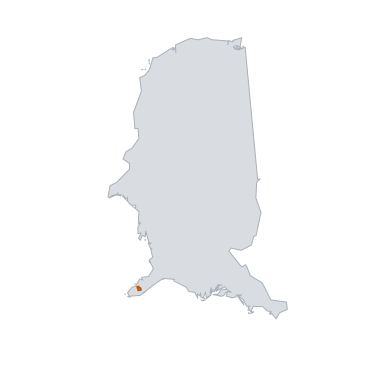 Glades, Florida, United States of America (highlighted), rotated 72°
{"feature_id": "52423323B13826815912541", "entity_name": "Glades", "entity_type": "district", "adm_level": 2, "iso_a3": "USA", "parent_name": "United States of America", "parent_adm1": "Florida", "projection": "albers", "projection_center": [-81.165, 26.99], "detail": "fine", "context": "in_parent", "style": "filled", "palette": "amber", "viewbox_px": 384, "rotation_deg": 72, "n_neighbors": 0, "source": "geoboundaries", "source_scale": "gbopen_adm2", "svg_char_len": 3990}
<svg xmlns="http://www.w3.org/2000/svg" viewBox="0 0 384 384"><g transform="rotate(72 192 192)"><path d="M300.0,153.3L319.1,150.3L325.9,136.1L333.1,137.7L334.0,146.1L338.7,151.2L331.6,154.0L331.3,155.6L330.0,153.8L328.4,157.3L322.9,160.1L319.7,169.0L323.2,172.4L325.3,171.7L324.6,170.2L325.4,170.9L325.7,172.7L319.5,174.4L318.2,172.5L317.7,175.3L310.5,176.4L305.1,180.1L305.6,178.2L305.1,176.9L303.8,181.7L305.4,182.4L305.0,186.4L301.5,191.7L297.5,188.7L299.7,185.4L297.1,187.8L298.3,191.3L300.0,193.2L300.4,195.5L295.9,204.1L297.2,198.8L293.4,194.0L295.6,188.7L292.0,190.4L293.5,198.0L289.9,195.8L288.7,196.1L289.7,193.7L289.6,192.9L288.5,194.9L288.5,196.5L294.0,199.3L292.8,200.7L290.3,198.1L289.4,197.7L292.5,200.8L293.8,201.4L293.1,203.4L291.4,201.9L294.1,204.8L293.5,205.2L292.2,203.8L288.8,203.2L293.0,205.9L295.7,205.6L298.5,212.7L296.0,207.3L296.9,210.9L291.8,210.3L295.5,213.7L297.3,212.6L295.1,215.9L290.3,215.0L293.3,216.6L290.8,218.3L293.8,219.4L288.4,220.3L285.7,225.6L280.6,227.1L271.0,236.8L269.7,235.7L265.9,244.5L265.6,246.7L267.2,253.4L274.3,273.3L271.8,283.8L268.0,284.5L264.3,278.8L263.7,274.1L258.5,268.6L260.3,266.2L257.7,266.3L259.0,259.4L253.0,252.4L243.5,253.7L242.0,249.6L232.8,248.9L234.1,247.4L232.4,248.9L228.1,249.4L228.3,246.3L227.4,248.5L214.8,248.2L220.0,250.2L218.0,252.9L221.9,255.9L219.7,257.2L215.4,253.2L214.9,256.1L208.7,254.4L205.5,250.5L203.2,252.1L194.4,248.5L188.7,251.9L190.1,250.9L187.4,249.6L185.4,254.3L179.4,256.8L180.8,256.0L177.2,255.1L178.3,256.9L173.8,258.4L171.4,263.6L169.6,262.5L171.1,264.2L170.7,269.2L172.1,272.4L170.6,273.3L160.8,268.1L159.5,260.5L150.9,244.4L145.5,242.6L139.3,247.4L133.4,242.5L131.7,235.3L124.6,225.9L114.8,223.7L114.1,226.7L98.4,223.1L80.4,208.9L67.0,206.4L66.6,201.0L62.4,194.7L52.2,187.6L53.2,184.2L48.7,165.9L49.5,164.4L50.7,167.1L50.6,163.4L54.7,164.4L47.1,162.3L45.3,146.1L49.2,139.2L49.8,130.2L53.5,125.6L59.6,110.9L63.1,112.5L59.3,110.4L61.8,106.8L60.4,106.3L60.7,97.1L69.1,101.6L65.9,105.4L69.8,103.3L68.3,106.9L65.9,107.1L67.4,107.7L69.5,106.8L71.3,103.2L70.7,96.7L200.3,125.7L200.6,123.5L202.8,127.5L217.4,133.1L232.7,132.7L252.9,144.3L253.7,147.2L260.7,151.9L262.7,163.1L257.4,172.2L259.7,175.2L278.5,168.0L277.8,163.7L279.4,163.0L289.7,162.4L300.0,153.3ZM312.7,178.2L315.9,177.4L305.0,180.9L313.9,177.0L312.7,178.2ZM70.3,100.5L70.7,103.2L70.5,103.5L69.4,101.2L70.3,100.5ZM172.0,271.6L171.2,267.0L171.6,264.5L171.5,267.2L172.0,271.6ZM332.4,154.3L332.4,155.6L331.9,155.3L332.4,154.3ZM205.5,251.8L205.7,252.8L204.7,251.9L205.5,251.8ZM55.4,192.9L56.8,192.8L56.9,193.0L55.4,192.9ZM54.1,192.1L53.4,192.6L53.1,191.9L54.1,192.1ZM322.3,174.4L321.5,175.3L321.3,175.1L322.3,174.4ZM172.7,262.4L171.7,264.2L174.1,260.6L172.7,262.4ZM272.2,266.7L273.5,270.6L271.9,266.3L272.2,266.7ZM61.1,198.1L61.4,199.3L61.0,198.1L61.1,198.1ZM272.4,284.4L271.2,285.7L273.1,283.0L272.4,284.4ZM299.0,215.1L297.8,216.7L298.7,213.0L299.0,215.1ZM69.7,98.2L69.5,98.8L69.1,98.3L69.7,98.2ZM178.3,257.7L176.2,258.3L178.3,257.4L178.3,257.7ZM325.4,174.5L325.4,175.5L324.4,175.3L325.4,174.5ZM60.2,200.9L60.3,202.3L60.0,201.0L60.2,200.9ZM175.6,259.0L174.7,259.4L175.5,258.7L175.6,259.0ZM299.9,197.1L298.7,199.2L300.1,196.4L299.9,197.1ZM188.0,252.7L186.6,253.3L188.6,252.2L188.0,252.7ZM266.2,245.5L265.9,247.2L265.8,246.0L266.2,245.5ZM294.2,219.6L293.8,219.9L295.0,218.7L294.2,219.6ZM246.9,253.5L245.3,254.3L244.7,254.1L246.9,253.5ZM227.6,249.1L227.3,249.4L226.4,249.2L227.6,249.1ZM261.9,274.2L262.1,275.4L261.7,274.0L261.9,274.2ZM223.4,251.1L223.1,252.1L223.1,250.3L223.4,251.1ZM268.7,287.2L267.8,287.3L269.1,287.0L268.7,287.2ZM304.8,187.1L304.2,188.1L304.9,186.7L304.8,187.1ZM296.9,217.1L296.3,217.4L296.2,217.4L296.9,217.1Z" fill="#d9dde1" stroke="#a8b0b8" stroke-width="1"/><path d="M265.3,273.6L265.9,273.6L266.0,273.5L269.0,273.6L269.3,272.3L269.4,271.0L269.3,270.9L269.2,270.9L269.0,270.6L268.8,270.6L267.6,270.6L267.6,271.2L267.0,271.2L267.0,271.8L265.3,271.8L265.3,273.6Z" fill="#f59e0b" stroke="#b45309" stroke-width="1.5"/></g></svg>